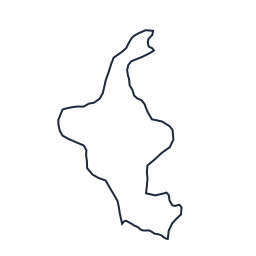 the district of Changdo, Kangwŏn-do, North Korea, rotated 12°
{"feature_id": "82179303B43918374415643", "entity_name": "Changdo", "entity_type": "district", "adm_level": 2, "iso_a3": "PRK", "parent_name": "North Korea", "parent_adm1": "Kangwŏn-do", "projection": "equal_earth", "projection_center": [127.856, 38.569], "detail": "fine", "context": "isolated", "style": "outline", "palette": "slate", "viewbox_px": 256, "rotation_deg": 12, "n_neighbors": 0, "source": "geoboundaries", "source_scale": "gbopen_adm2", "svg_char_len": 1611}
<svg xmlns="http://www.w3.org/2000/svg" viewBox="0 0 256 256"><g transform="rotate(12 128 128)"><path d="M132.4,27.7L124.9,28.7L119.2,32.7L114.5,36.8L112.6,39.9L110.7,46.0L109.7,50.1L106.8,54.1L103.1,58.2L99.3,62.3L98.3,68.4L97.3,78.6L96.3,85.8L96.2,92.9L96.1,99.1L94.2,105.2L89.5,110.3L84.7,112.3L80.0,116.4L74.4,117.4L68.7,119.4L64.0,121.5L63.1,121.9L60.2,123.5L59.2,128.6L58.2,134.7L58.4,135.6L59.1,138.8L61.9,145.0L65.6,149.1L72.2,151.1L77.8,152.2L82.5,153.2L88.1,154.2L91.9,158.3L92.7,163.5L94.6,168.6L96.4,175.8L102.9,180.9L109.5,183.0L117.0,184.0L123.5,191.2L128.2,196.3L132.9,201.5L135.6,207.6L137.5,212.7L142.1,222.9L143.5,220.2L144.4,219.6L144.9,219.3L146.3,219.4L151.9,221.1L154.7,222.2L155.2,222.3L156.6,222.5L158.9,223.2L159.8,223.8L161.2,224.6L164.1,225.1L164.7,225.0L166.4,224.7L169.6,223.8L170.6,224.0L172.1,224.3L175.1,225.5L175.9,225.8L179.7,225.6L180.4,225.7L183.0,226.1L186.2,227.6L187.0,228.0L189.3,228.3L190.0,228.2L189.2,220.0L191.1,211.9L194.9,205.7L197.8,201.6L196.9,194.5L194.1,192.4L190.3,194.4L187.5,194.4L183.7,190.3L181.9,185.2L179.1,183.2L175.3,185.2L168.7,188.2L164.0,188.2L159.3,188.2L158.4,180.0L157.5,172.9L155.7,167.7L154.8,160.6L160.5,153.4L166.2,145.3L172.8,138.1L174.8,129.9L172.0,120.7L168.3,117.6L159.9,114.6L155.2,114.5L149.5,114.5L144.0,108.4L141.2,104.3L139.3,101.2L135.6,98.1L130.9,97.1L127.2,95.0L124.4,89.9L120.7,85.8L118.8,79.7L117.0,76.6L115.1,71.5L115.2,66.4L117.1,62.3L119.9,60.3L127.5,55.2L131.3,52.2L135.0,49.1L136.9,47.1L137.2,46.8L135.1,45.0L131.3,44.0L129.5,39.9L129.5,36.8L132.4,31.8L132.4,27.7Z" fill="none" stroke="#1e293b" stroke-width="2"/></g></svg>